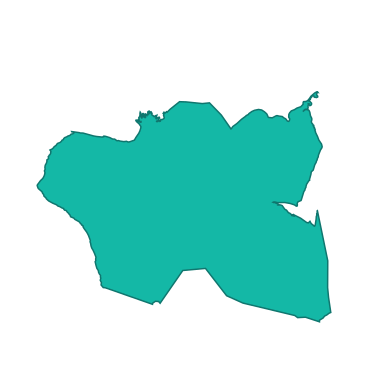 outline of Do'rgon, Hovd, Mongolia, rotated 188°
{"feature_id": "93677404B47825752069275", "entity_name": "Do'rgon", "entity_type": "district", "adm_level": 2, "iso_a3": "MNG", "parent_name": "Mongolia", "parent_adm1": "Hovd", "projection": "orthographic", "projection_center": [92.87, 48.326], "detail": "fine", "context": "isolated", "style": "filled", "palette": "teal", "viewbox_px": 384, "rotation_deg": 188, "n_neighbors": 0, "source": "geoboundaries", "source_scale": "gbopen_adm2", "svg_char_len": 5954}
<svg xmlns="http://www.w3.org/2000/svg" viewBox="0 0 384 384"><g transform="rotate(188 192 192)"><path d="M81.1,308.1L81.7,308.7L82.5,308.5L84.4,307.0L87.6,303.3L88.6,301.1L90.1,298.7L91.5,297.6L94.1,297.0L94.3,296.6L94.4,295.6L94.2,294.3L96.1,291.6L99.8,289.7L102.0,287.8L105.0,286.1L106.4,283.9L106.9,282.3L106.7,279.8L106.4,279.1L105.5,278.2L105.4,277.4L105.5,276.4L106.0,275.4L107.4,275.5L109.4,277.5L111.1,278.1L113.2,279.3L116.7,279.3L118.0,279.5L119.1,279.3L122.9,276.6L126.6,276.5L127.2,277.0L127.9,278.4L128.9,279.8L131.4,281.5L134.4,282.9L137.6,283.0L141.5,281.6L144.0,280.0L146.5,277.6L147.1,276.5L149.0,275.2L149.4,274.5L153.1,270.9L157.1,266.0L160.7,262.5L161.8,260.3L162.2,259.9L173.7,272.3L187.1,282.7L194.1,281.0L210.2,280.4L216.9,279.7L225.2,270.9L227.7,267.6L228.4,268.0L229.4,266.6L230.1,266.4L230.2,266.9L230.8,267.1L230.9,266.1L231.3,266.2L231.5,265.7L230.7,265.4L230.8,263.8L230.4,263.5L230.3,262.5L229.8,261.8L229.8,261.3L230.1,260.7L231.9,259.4L232.8,259.6L233.2,258.9L233.2,257.7L233.8,257.4L234.3,257.8L235.2,257.6L235.7,257.0L236.6,256.8L236.9,256.9L236.9,257.2L236.3,257.6L234.6,258.1L234.7,258.7L235.2,258.8L235.4,259.2L234.4,260.8L234.8,261.5L235.3,261.4L235.4,261.0L235.2,260.8L235.3,260.5L236.8,260.8L237.0,260.0L237.6,259.5L238.2,260.1L237.9,261.2L238.5,262.0L237.7,262.1L237.5,262.4L237.5,263.1L238.1,262.6L238.6,262.6L239.2,261.8L239.9,261.3L240.5,262.0L241.0,261.9L241.6,262.5L242.2,262.6L242.7,263.5L242.5,264.4L243.0,264.8L243.4,264.4L243.6,264.5L243.5,265.2L243.7,265.7L244.7,265.2L245.0,264.4L245.2,264.8L244.9,265.7L245.7,266.2L246.5,265.7L246.9,265.2L246.9,264.7L246.4,263.9L246.2,262.8L246.8,263.0L247.0,262.3L247.2,262.8L247.5,262.8L248.0,261.5L248.8,262.0L249.1,262.8L249.4,262.7L249.4,261.9L248.6,261.2L248.8,260.3L248.4,259.6L248.8,259.1L249.3,259.5L249.8,259.4L250.1,260.0L250.1,260.4L249.6,260.8L249.7,261.2L250.1,261.3L251.2,262.9L251.6,262.8L251.4,262.0L252.3,262.0L252.3,261.8L251.6,261.4L251.5,260.7L251.0,260.5L250.8,260.0L251.1,259.9L251.4,260.2L251.7,259.8L251.8,258.4L252.0,258.3L252.3,258.7L252.6,260.2L253.1,260.7L253.2,261.8L254.1,263.6L254.4,263.9L254.5,262.9L254.2,260.9L254.3,260.0L254.0,259.3L254.5,259.1L255.0,258.5L254.9,257.5L254.5,257.0L254.7,256.1L255.5,256.1L255.6,255.7L254.7,255.2L254.0,255.3L253.0,254.3L252.3,254.7L252.1,254.3L252.4,253.9L253.0,253.9L254.6,254.5L256.2,254.7L257.3,255.5L257.6,255.2L256.9,254.1L254.0,252.2L251.8,249.8L251.6,248.4L252.1,245.3L252.9,242.7L255.1,238.3L256.3,235.3L260.8,233.0L262.2,232.6L263.9,233.1L266.5,232.4L270.2,232.4L272.0,232.7L273.4,232.3L275.9,233.6L278.0,233.4L280.9,234.4L285.4,235.1L287.1,235.1L287.3,234.9L286.7,234.8L286.8,234.6L288.5,233.9L294.3,233.7L297.2,233.8L308.1,235.2L310.8,234.9L311.9,235.1L319.6,235.1L319.5,234.9L319.1,234.8L317.1,234.8L316.9,234.5L318.0,233.1L319.7,232.5L320.7,231.1L322.9,230.0L323.7,229.2L325.4,228.3L326.4,227.2L326.8,225.9L328.0,225.1L328.2,224.3L329.4,222.8L331.9,221.4L332.7,220.2L333.0,219.3L334.8,217.7L335.3,216.6L336.4,215.2L338.5,213.8L337.4,212.6L337.4,210.4L338.0,209.0L338.5,208.6L338.8,207.6L339.3,206.8L339.0,206.3L338.7,205.1L340.2,203.5L339.9,202.4L340.2,200.3L341.0,198.3L341.1,197.3L341.1,196.0L340.6,194.0L341.1,192.4L340.3,190.7L340.3,190.1L340.5,188.0L341.0,186.3L341.7,184.6L343.6,182.2L346.1,177.6L346.2,176.8L345.1,174.6L344.5,173.9L340.6,171.4L339.9,170.1L338.5,168.7L338.0,167.3L335.9,165.9L335.3,165.0L332.7,163.2L328.2,161.5L324.4,160.5L323.0,159.5L320.6,159.0L318.6,158.1L316.8,157.8L316.5,157.0L315.6,156.3L313.9,156.1L312.7,154.7L311.1,153.6L310.5,152.8L309.5,152.1L308.8,150.6L305.4,149.7L304.2,148.6L299.8,146.9L298.8,146.2L298.1,145.2L296.8,144.6L296.7,144.0L295.0,143.1L295.0,142.3L293.7,140.7L290.5,137.4L288.5,134.6L285.9,129.8L286.0,128.5L285.2,126.9L284.5,124.6L283.5,122.6L281.9,120.6L280.1,117.8L278.0,114.0L278.1,112.2L277.7,110.7L278.2,109.6L278.1,109.2L276.9,106.1L275.6,103.2L273.7,101.0L273.5,99.8L272.4,98.0L271.5,97.2L270.9,96.4L270.9,95.1L270.3,94.0L270.5,92.7L270.5,91.7L269.1,89.7L269.1,87.3L266.6,85.0L264.6,85.1L215.5,75.3L215.5,76.4L213.0,78.7L209.8,78.9L208.1,77.4L190.2,113.0L168.0,118.2L143.3,94.1L126.1,89.1L73.0,84.0L69.9,82.3L62.2,83.8L47.7,81.2L47.9,82.8L44.7,85.4L43.4,87.6L41.4,89.0L39.3,91.1L37.8,92.0L42.1,106.6L44.4,116.2L48.0,142.8L65.2,190.9L65.5,190.6L65.1,189.4L65.5,187.8L65.2,186.4L65.5,185.1L65.3,182.3L65.4,176.6L65.8,175.3L66.0,175.2L66.9,175.6L68.0,176.5L68.8,176.8L69.8,177.6L71.1,179.4L72.4,177.7L74.1,177.7L80.8,181.2L87.8,183.5L88.3,183.9L88.7,183.7L87.8,183.1L87.6,182.4L90.0,182.6L89.9,183.5L90.7,183.6L92.2,184.6L93.6,184.9L95.9,187.2L97.7,187.8L100.8,191.1L102.4,191.5L104.6,191.1L104.8,191.1L104.3,191.7L109.0,193.2L109.6,192.9L110.3,193.1L109.7,193.5L108.7,193.7L105.9,193.4L98.7,194.5L93.1,194.3L88.7,193.5L86.8,192.5L86.2,192.6L85.9,192.8L85.8,193.3L86.1,193.8L85.9,194.2L86.3,194.8L85.9,196.6L85.3,197.3L82.9,198.7L82.7,199.1L81.3,208.0L80.5,209.5L80.4,210.9L79.8,212.7L79.9,213.3L79.6,215.6L77.9,219.3L77.1,220.2L77.4,220.7L77.4,221.3L77.2,222.1L76.7,226.1L76.7,228.3L76.4,228.9L75.0,230.6L74.2,236.1L73.2,238.6L73.1,239.8L72.6,241.1L72.5,242.6L71.9,244.3L71.9,246.2L70.6,251.5L69.7,253.4L69.4,254.7L69.5,255.3L70.4,257.5L73.6,261.1L75.4,264.4L78.0,268.3L78.3,269.4L78.8,269.9L78.7,270.8L79.1,271.6L79.6,271.8L79.5,272.4L79.9,272.7L80.0,273.2L80.5,273.3L80.8,273.7L80.6,274.4L80.7,274.9L81.4,275.0L81.6,275.7L83.1,277.1L83.6,278.2L83.4,280.2L83.7,281.7L85.3,284.0L86.4,287.3L87.2,288.7L88.1,289.5L90.5,289.6L91.3,289.3L93.5,287.1L92.5,288.2L92.5,288.5L91.4,289.7L89.5,289.9L89.2,290.1L89.2,290.7L88.7,291.3L89.1,293.3L88.9,294.7L89.2,295.6L88.4,295.6L88.6,294.7L87.8,294.5L87.3,293.9L86.3,294.5L86.0,295.0L85.8,295.7L86.0,296.6L88.3,298.5L88.7,298.2L88.9,298.4L88.7,299.4L87.7,300.1L87.6,301.5L86.6,302.9L86.2,304.2L84.6,304.0L84.4,303.2L83.4,302.8L82.7,303.0L82.0,302.8L80.8,303.5L80.8,304.4L82.2,305.5L82.0,306.8L82.5,307.8L82.1,308.1L81.1,308.1Z" fill="#14b8a6" stroke="#0f766e" stroke-width="1.5"/></g></svg>